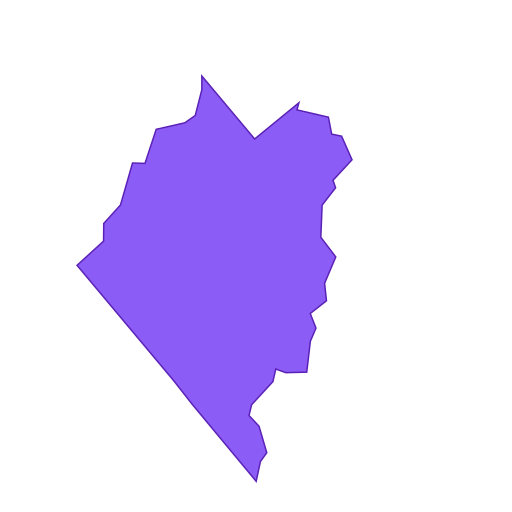 outline of Red River, Louisiana, United States of America, rotated 230°
{"feature_id": "52423323B2790682775413", "entity_name": "Red River", "entity_type": "district", "adm_level": 2, "iso_a3": "USA", "parent_name": "United States of America", "parent_adm1": "Louisiana", "projection": "albers", "projection_center": [-93.371, 32.062], "detail": "fine", "context": "isolated", "style": "filled", "palette": "violet", "viewbox_px": 512, "rotation_deg": 230, "n_neighbors": 0, "source": "geoboundaries", "source_scale": "gbopen_adm2", "svg_char_len": 659}
<svg xmlns="http://www.w3.org/2000/svg" viewBox="0 0 512 512"><g transform="rotate(230 256 256)"><path d="M83.3,111.3L95.7,127.3L98.4,137.8L123.6,148.9L138.3,148.1L144.9,157.1L148.9,188.2L156.7,198.5L147.5,203.8L134.4,220.2L155.8,242.9L162.2,255.6L177.1,260.6L176.4,281.2L191.0,291.0L204.0,316.5L228.7,317.7L252.5,339.4L257.1,360.8L264.5,363.7L268.0,391.4L292.8,398.6L300.7,392.3L315.8,400.7L341.6,381.3L345.8,387.3L346.5,330.2L428.7,330.2L418.2,321.4L402.7,299.8L403.8,287.1L417.2,261.0L398.3,230.5L406.6,221.2L382.2,185.0L378.8,160.3L365.4,148.8L363.9,112.9L213.6,112.8L183.6,111.8L83.3,111.3Z" fill="#8b5cf6" stroke="#5b21b6" stroke-width="1.5"/></g></svg>